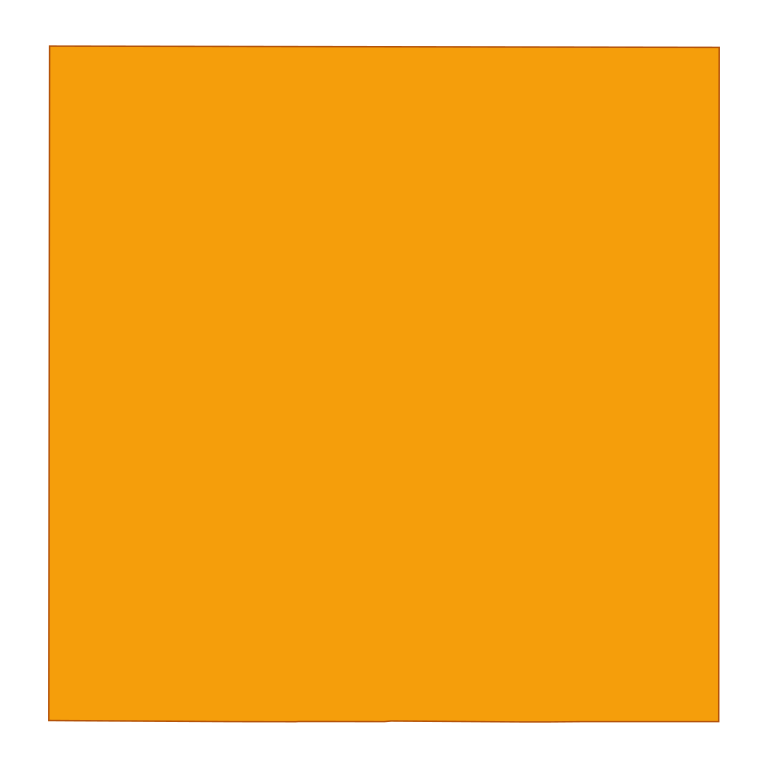 outline of Jefferson, Nebraska, United States of America
{"feature_id": "52423323B41308713278653", "entity_name": "Jefferson", "entity_type": "district", "adm_level": 2, "iso_a3": "USA", "parent_name": "United States of America", "parent_adm1": "Nebraska", "projection": "mercator", "projection_center": [-97.192, 40.176], "detail": "fine", "context": "isolated", "style": "filled", "palette": "amber", "viewbox_px": 768, "rotation_deg": 0, "n_neighbors": 0, "source": "geoboundaries", "source_scale": "gbopen_adm2", "svg_char_len": 328}
<svg xmlns="http://www.w3.org/2000/svg" viewBox="0 0 768 768"><path d="M48.8,720.5L49.0,720.5L75.9,720.7L76.8,720.7L232.3,721.6L295.7,721.7L298.8,721.5L326.1,721.5L384.3,721.6L391.0,721.0L521.5,721.9L549.4,721.9L581.4,721.6L718.7,721.6L719.2,47.4L49.6,46.1L48.8,720.5Z" fill="#f59e0b" stroke="#b45309" stroke-width="1.5"/></svg>